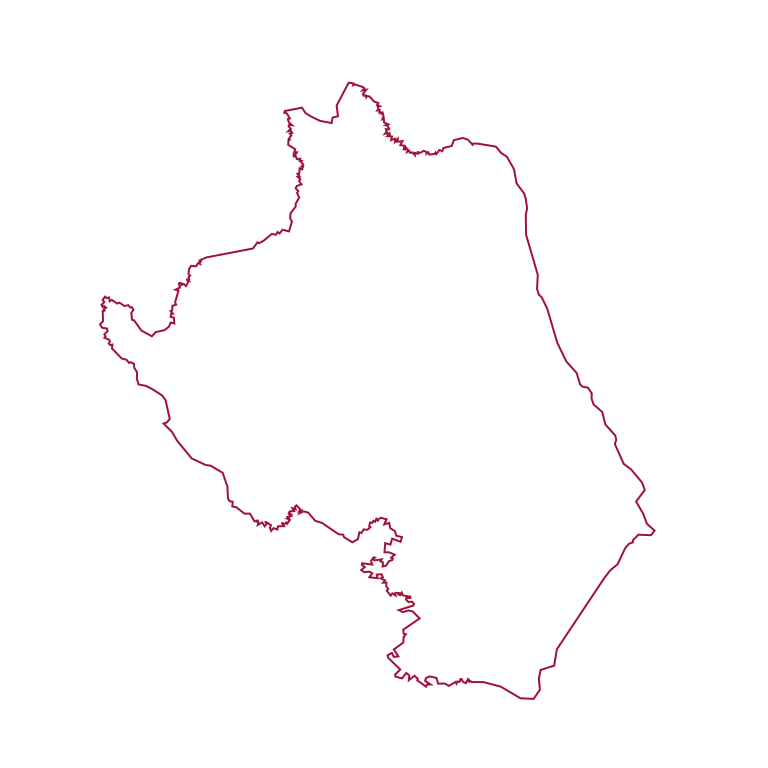 outline of Si Wilai, Bueng Kan, Thailand, rotated 10°
{"feature_id": "78962969B38072300244645", "entity_name": "Si Wilai", "entity_type": "district", "adm_level": 2, "iso_a3": "THA", "parent_name": "Thailand", "parent_adm1": "Bueng Kan", "projection": "mercator", "projection_center": [103.741, 18.159], "detail": "fine", "context": "isolated", "style": "outline", "palette": "rose", "viewbox_px": 768, "rotation_deg": 10, "n_neighbors": 0, "source": "geoboundaries", "source_scale": "gbopen_adm2", "svg_char_len": 6140}
<svg xmlns="http://www.w3.org/2000/svg" viewBox="0 0 768 768"><g transform="rotate(10 384 384)"><path d="M94.1,346.4L92.3,350.0L94.4,351.9L92.1,355.0L93.4,356.8L94.6,355.8L97.1,357.1L95.0,358.6L96.1,360.2L94.3,360.9L96.4,371.0L94.0,374.5L96.5,377.5L101.6,377.5L102.6,379.9L100.0,383.7L101.5,385.4L100.6,387.0L105.6,388.1L106.8,389.7L105.9,391.9L107.5,393.2L109.7,392.3L109.9,396.2L121.2,404.4L126.1,404.8L129.3,407.5L130.7,406.5L134.3,407.6L135.2,411.4L138.8,415.3L139.7,421.8L142.3,427.0L149.9,427.2L157.3,429.5L167.4,433.8L171.6,437.7L179.1,455.7L176.6,459.8L173.8,461.2L183.7,468.1L190.0,475.7L207.4,490.6L222.2,494.7L227.6,494.6L240.6,499.5L247.6,512.2L250.2,523.7L252.4,526.3L255.4,526.2L255.9,530.9L259.9,531.0L269.1,535.9L274.4,534.9L280.4,541.8L283.3,540.3L283.9,541.3L282.5,541.5L284.4,542.3L284.2,544.7L288.1,541.5L291.2,544.9L292.9,542.0L290.6,540.2L293.1,540.8L297.3,542.8L296.6,545.4L298.4,548.3L300.3,545.1L304.2,545.8L304.2,542.6L310.3,541.3L307.1,538.3L310.1,539.3L311.9,537.3L312.9,538.6L314.9,534.3L312.2,533.5L313.8,532.8L313.0,531.4L310.9,532.1L315.4,530.4L313.6,529.1L315.3,528.6L312.7,527.3L313.3,525.8L317.6,524.8L315.4,522.3L318.7,522.7L317.6,520.4L318.8,518.7L323.2,521.9L322.6,524.2L324.4,523.1L323.3,526.0L327.0,523.4L331.7,523.8L340.1,530.7L347.2,531.6L365.2,539.8L370.1,539.5L371.1,541.7L380.2,545.4L385.3,541.3L385.5,534.3L387.7,534.6L389.2,530.7L392.9,530.5L395.5,527.4L394.1,526.6L394.4,522.6L396.6,522.8L397.4,520.5L399.3,521.2L399.9,518.1L402.4,520.1L401.5,518.4L404.2,516.3L410.0,516.8L408.6,522.2L413.2,519.9L415.2,524.9L420.3,527.0L422.5,531.3L428.3,531.6L427.7,536.5L418.9,534.9L418.2,541.1L412.8,540.5L413.7,549.6L418.5,548.9L424.2,550.3L421.2,553.9L423.0,554.5L422.6,556.1L419.8,557.4L417.6,562.4L414.4,564.0L413.9,559.9L411.2,559.2L412.1,557.1L405.1,559.4L403.7,558.2L405.1,556.6L403.8,556.6L401.9,560.6L403.8,563.9L393.6,564.3L393.5,565.9L396.9,567.6L393.8,571.1L397.2,572.8L402.3,571.3L405.3,572.5L403.1,576.8L411.4,576.4L410.0,572.9L414.7,571.8L416.4,574.4L414.5,575.9L419.1,577.2L417.6,579.8L420.9,579.2L421.3,582.5L423.8,585.3L422.6,587.0L427.3,591.3L428.6,588.7L432.1,590.3L431.3,588.0L432.8,587.4L435.3,587.3L434.8,588.9L436.8,589.1L437.7,586.4L439.4,588.9L446.8,588.9L447.1,590.2L443.2,590.9L443.1,592.4L446.0,594.5L449.4,593.5L451.9,595.5L451.3,597.1L437.8,604.1L442.2,605.4L447.3,602.8L451.8,603.0L459.8,608.7L445.6,622.6L446.7,626.5L449.0,626.7L447.2,630.1L448.0,635.1L439.8,643.7L445.4,649.7L441.1,651.1L438.5,647.5L434.6,650.6L435.8,653.0L449.6,662.4L445.3,668.3L446.0,670.1L452.9,670.8L456.1,664.7L459.5,666.6L459.9,671.4L464.6,666.0L468.4,668.4L468.2,670.1L478.0,674.7L478.6,672.4L482.0,671.8L476.0,669.2L476.4,666.3L479.6,664.1L486.7,664.3L489.3,669.7L496.0,668.4L500.3,670.1L506.3,664.9L507.4,666.5L508.1,664.2L510.0,664.3L511.0,662.0L509.6,661.7L511.7,661.1L513.7,663.7L516.6,664.4L517.7,661.1L518.9,661.9L518.4,660.3L522.0,662.3L533.6,660.3L551.7,661.8L572.8,669.8L586.1,668.1L590.6,658.0L587.7,647.3L587.9,638.4L600.5,631.8L600.3,615.3L634.4,537.4L638.9,528.6L645.4,520.8L650.0,503.9L653.1,498.7L656.5,496.8L656.4,494.4L660.7,488.2L673.1,486.6L675.9,481.4L667.2,476.0L661.9,466.9L652.7,456.0L659.2,443.1L655.3,436.3L642.2,425.2L633.9,421.0L621.8,403.1L622.4,398.6L620.7,394.6L609.0,385.4L603.9,373.8L593.9,367.7L591.0,362.5L590.2,357.1L585.4,352.2L579.8,352.1L577.2,350.3L571.8,339.7L559.5,330.0L547.5,313.3L531.7,281.5L524.3,271.3L520.9,269.1L518.2,263.7L516.5,249.8L498.0,212.3L494.3,193.2L494.4,186.1L491.4,176.8L488.9,172.0L479.7,163.4L474.8,150.0L465.5,138.8L459.5,136.3L453.0,130.8L434.8,131.0L430.2,131.7L429.8,133.0L424.1,128.8L418.9,128.0L410.5,131.7L409.3,137.9L401.6,141.2L401.0,144.6L398.0,143.9L395.6,148.5L394.5,147.1L393.9,148.6L388.8,150.2L387.3,148.1L385.8,149.8L385.7,148.2L382.7,147.5L379.5,150.1L377.0,149.8L377.3,151.4L374.0,151.0L374.6,153.2L371.6,151.0L369.7,151.9L368.4,150.0L366.4,151.6L366.7,149.0L364.5,147.3L364.1,149.4L362.6,149.4L362.9,145.8L358.6,145.9L360.0,141.6L355.1,143.1L355.0,140.4L352.8,143.6L352.5,140.4L348.7,142.6L348.9,138.9L345.1,139.2L346.6,138.1L345.9,136.1L344.4,138.5L343.5,136.1L341.6,137.2L342.8,134.9L341.6,132.7L343.7,132.7L343.9,131.4L345.4,132.5L342.7,129.0L340.7,128.9L343.0,127.5L338.5,126.3L337.8,122.5L336.4,123.5L336.9,119.8L335.5,116.9L334.4,118.3L333.1,116.7L332.3,118.5L332.0,114.9L330.0,115.7L330.8,114.0L329.4,111.5L331.3,111.1L328.8,110.1L329.6,108.3L325.0,107.5L319.9,103.4L317.1,103.4L316.7,104.7L315.6,102.8L314.0,103.6L312.8,102.1L315.5,97.3L311.8,98.7L313.3,96.2L312.0,95.3L303.5,94.0L301.7,95.1L301.8,93.3L296.9,93.4L289.0,118.0L292.2,128.3L287.1,130.5L287.1,136.1L275.3,136.0L266.0,133.3L259.7,130.8L255.2,126.1L238.9,132.4L238.7,134.2L241.2,134.3L245.2,138.8L243.3,139.9L245.1,143.0L248.5,145.1L245.6,145.2L245.2,146.6L247.9,148.9L245.9,151.6L248.2,150.7L250.0,152.7L247.7,153.7L249.6,155.4L247.5,159.1L248.8,159.8L247.6,160.9L248.2,165.2L255.8,168.2L255.4,171.1L258.1,170.9L256.8,173.4L255.1,173.2L255.6,175.6L257.4,174.8L259.1,177.6L262.4,176.7L262.0,178.7L264.1,178.6L263.5,179.6L266.1,181.5L265.0,184.1L266.6,183.7L266.1,186.9L263.5,186.4L264.0,191.5L262.4,192.0L264.9,194.3L263.0,194.9L266.1,197.0L265.1,199.0L268.0,201.7L263.7,204.2L263.0,206.6L266.1,209.0L265.2,210.9L268.1,215.2L265.7,221.8L266.2,224.5L262.3,232.2L262.9,237.2L265.1,240.1L264.0,250.2L257.3,249.7L255.0,253.9L252.8,252.8L251.6,255.8L247.4,255.7L240.7,263.7L236.5,267.0L234.8,266.4L231.4,273.3L187.3,290.1L181.1,294.2L182.4,295.1L181.0,296.3L181.9,297.6L180.0,297.1L178.4,300.8L173.6,301.1L172.1,304.4L172.3,309.6L174.3,311.0L173.0,312.6L173.9,314.8L172.5,315.2L173.7,316.2L172.4,316.1L173.4,317.7L172.0,321.9L169.5,320.3L167.4,321.6L167.5,320.2L165.5,319.8L164.5,320.7L166.3,324.5L162.3,327.3L165.4,327.6L164.1,339.8L165.5,342.0L162.0,343.7L162.6,348.2L161.2,349.2L163.9,351.4L162.3,351.8L162.2,354.9L165.6,355.1L167.0,360.8L163.4,360.5L162.2,365.0L158.4,369.1L150.3,372.5L147.1,377.3L135.8,373.5L126.9,364.8L124.6,364.4L122.8,357.6L124.4,354.4L122.3,352.2L120.8,352.7L118.6,350.8L114.7,352.2L109.3,349.8L107.4,351.1L101.4,348.5L99.6,350.1L98.1,346.5L95.8,347.6L94.1,346.4Z" fill="none" stroke="#9f1239" stroke-width="2"/></g></svg>